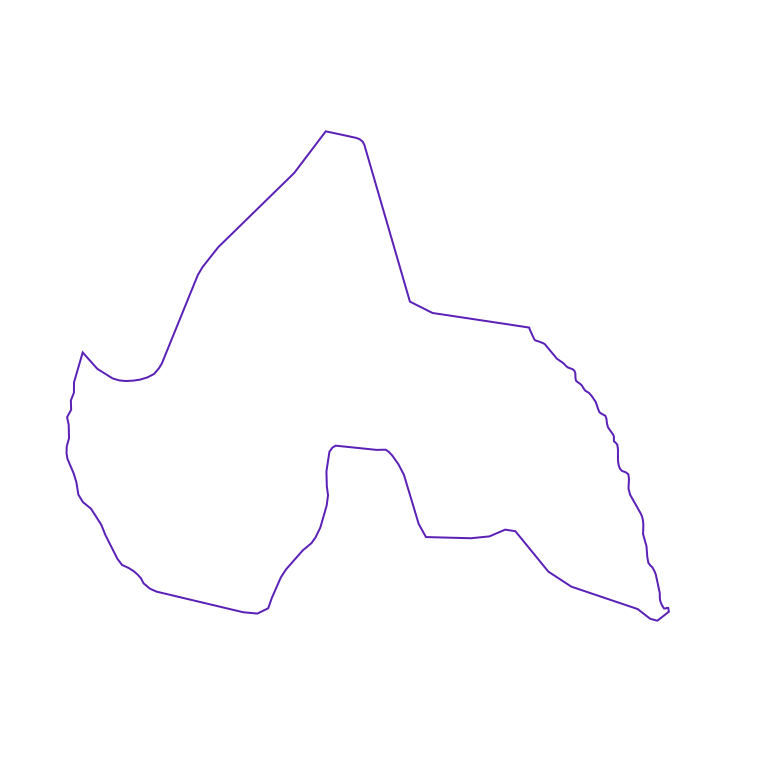 Lakes, Robinson projection, rotated 7°
{"feature_id": "SDS-863", "entity_name": "Lakes", "entity_type": "State", "adm_level": 1, "iso_a3": "SSD", "parent_name": "South Sudan", "parent_adm1": "", "projection": "robinson", "projection_center": [30.344, 6.76], "detail": "fine", "context": "isolated", "style": "outline", "palette": "violet", "viewbox_px": 768, "rotation_deg": 7, "n_neighbors": 0, "source": "natural_earth", "source_scale": "10m", "svg_char_len": 1984}
<svg xmlns="http://www.w3.org/2000/svg" viewBox="0 0 768 768"><g transform="rotate(7 384 384)"><path d="M295.4,140.3L326.3,143.1L329.7,143.9L333.0,145.8L335.3,148.9L399.7,299.1L423.5,307.6L521.3,310.3L522.0,312.1L527.5,321.0L528.7,322.2L530.5,322.6L532.3,322.9L537.4,324.2L538.9,325.0L552.6,337.9L559.4,341.4L562.3,343.8L564.3,345.1L569.3,346.3L571.4,347.7L572.6,350.1L573.4,355.2L574.2,357.3L575.3,358.2L578.8,360.0L580.3,361.1L583.2,364.7L584.6,366.1L588.6,367.9L591.7,370.7L596.4,376.1L599.5,382.7L601.4,385.9L604.0,387.2L607.5,388.5L609.1,391.6L610.0,395.7L611.6,399.7L617.9,406.7L618.7,408.6L618.9,410.9L619.3,412.9L620.6,413.7L622.9,415.7L624.2,420.4L625.5,431.1L626.7,435.7L628.4,439.2L630.8,441.3L634.5,442.1L637.5,443.8L638.7,448.2L639.4,457.9L641.7,463.8L654.7,481.4L656.4,484.3L657.7,488.0L658.6,492.2L659.4,501.3L664.3,513.0L666.4,523.6L668.2,529.3L670.6,531.8L672.7,533.2L675.0,536.4L677.0,540.0L683.2,557.9L683.8,562.5L684.4,565.0L685.8,568.0L687.7,570.8L689.4,572.7L690.6,572.6L692.0,571.7L693.4,571.7L694.5,575.3L684.2,585.6L676.8,584.6L663.3,576.5L594.6,562.3L570.0,550.2L532.3,514.1L522.0,513.8L507.2,522.4L489.1,526.5L444.3,530.8L435.5,518.7L414.8,471.6L408.0,461.8L401.0,454.1L397.1,450.8L393.6,449.0L384.6,450.3L343.6,451.1L340.6,453.4L338.1,457.9L337.5,477.7L339.7,492.4L342.0,501.3L341.9,511.7L338.3,534.2L334.7,544.7L331.3,550.9L323.6,559.1L309.4,579.9L305.2,588.5L298.8,609.8L296.4,620.7L286.3,627.3L272.1,627.7L183.5,617.8L176.5,615.6L169.6,611.1L166.4,606.4L162.7,603.2L158.6,600.4L152.9,597.7L146.0,595.5L140.7,590.0L125.9,567.9L120.5,558.1L108.5,543.6L99.5,537.9L94.1,531.0L90.7,519.2L86.9,510.6L79.0,497.0L77.3,491.4L76.7,484.5L78.0,476.2L76.0,462.9L73.5,455.6L76.6,447.7L75.2,438.5L77.3,430.3L76.1,420.2L81.1,389.4L97.6,403.9L113.9,411.5L120.8,412.7L127.5,412.5L134.8,411.2L141.6,409.3L148.5,406.2L154.6,402.0L158.7,395.8L161.0,390.7L185.9,298.6L189.6,290.1L202.8,268.4L269.2,185.4L295.4,140.3Z" fill="none" stroke="#5b21b6" stroke-width="2"/></g></svg>